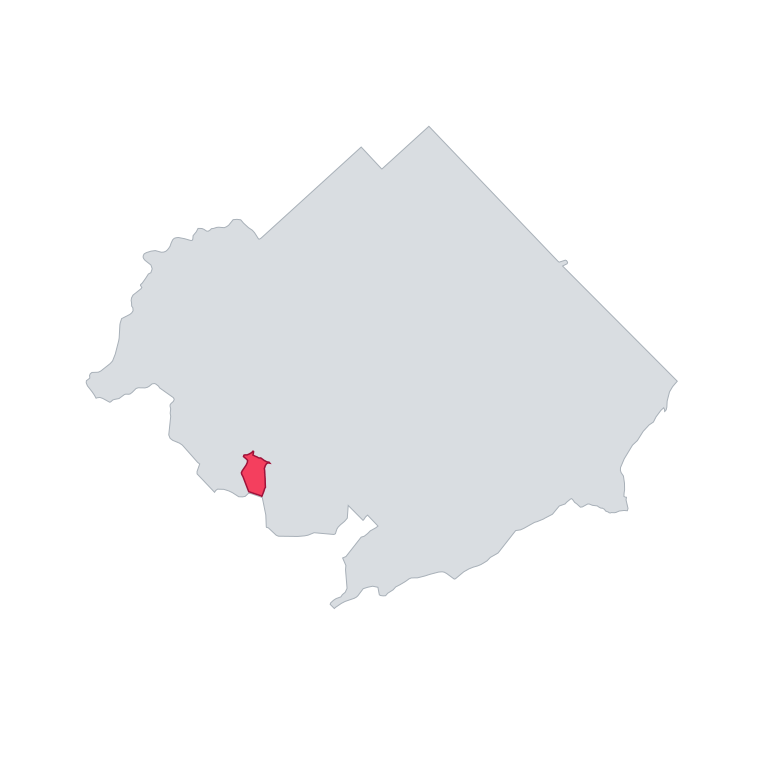 location of Keilak, South Kordufan, Sudan, rotated 46°
{"feature_id": "16777658B16982967361933", "entity_name": "Keilak", "entity_type": "district", "adm_level": 2, "iso_a3": "SDN", "parent_name": "Sudan", "parent_adm1": "South Kordufan", "projection": "orthographic", "projection_center": [29.554, 10.642], "detail": "fine", "context": "in_parent", "style": "filled", "palette": "rose", "viewbox_px": 768, "rotation_deg": 46, "n_neighbors": 0, "source": "geoboundaries", "source_scale": "gbopen_adm2", "svg_char_len": 5500}
<svg xmlns="http://www.w3.org/2000/svg" viewBox="0 0 768 768"><g transform="rotate(46 384 384)"><path d="M511.0,575.7L505.1,575.8L504.4,574.4L504.5,570.5L505.1,567.5L507.2,562.8L506.6,560.3L506.9,556.6L505.3,552.5L490.9,540.7L488.1,537.5L480.4,534.6L481.7,531.2L478.3,506.8L479.8,503.9L480.2,499.6L480.1,495.9L481.8,489.6L482.0,487.0L466.9,486.9L466.8,489.6L467.5,492.6L467.5,493.8L446.5,494.1L455.0,503.6L455.4,507.8L455.0,513.1L455.1,516.4L455.6,518.6L457.9,522.9L457.8,523.7L457.3,524.7L442.4,537.6L440.0,543.6L438.0,546.7L433.7,552.0L420.1,565.7L417.8,566.6L407.4,567.1L406.4,567.5L405.6,568.1L405.1,568.0L396.1,560.0L381.1,550.4L371.2,555.4L368.5,557.2L368.4,561.9L366.9,564.2L364.2,566.8L356.9,568.5L353.1,569.9L348.5,572.4L344.0,576.8L343.7,579.1L344.2,581.1L318.8,580.9L317.1,579.3L313.5,572.1L310.9,572.5L287.8,571.5L284.5,572.2L277.8,575.1L274.5,575.6L271.1,574.2L259.1,559.9L256.5,558.1L253.7,554.7L251.2,553.2L250.3,552.1L250.1,550.6L250.2,547.5L249.3,545.5L247.4,545.0L231.1,548.1L228.8,547.7L225.4,548.2L224.2,548.8L222.8,550.7L222.5,554.6L222.0,556.5L220.8,558.6L216.0,563.4L215.0,565.5L215.1,570.8L214.8,573.5L214.1,574.7L212.0,576.7L211.3,577.9L210.4,584.7L207.8,588.7L207.1,590.2L207.0,593.1L206.5,594.0L199.1,596.3L196.3,597.7L194.6,600.0L194.2,601.0L191.0,600.1L187.0,599.4L179.3,598.6L176.3,597.4L174.9,595.8L175.4,591.7L174.6,590.8L173.4,590.0L172.6,588.2L172.8,586.1L177.0,581.4L177.9,578.9L179.1,566.9L178.9,563.3L175.8,556.5L168.6,544.8L166.9,542.5L157.9,532.8L156.9,531.4L154.7,527.3L157.4,518.5L157.6,516.1L157.0,513.6L154.7,511.7L152.7,511.4L150.0,509.0L148.3,507.9L146.7,505.8L145.7,502.8L146.7,492.5L146.3,491.1L143.9,490.7L143.4,489.9L143.5,487.9L142.4,482.0L141.2,477.1L142.0,474.4L140.1,470.7L136.5,469.0L129.1,470.0L126.9,469.8L125.3,469.1L124.3,467.7L123.8,466.1L124.4,463.7L126.6,459.3L129.2,455.8L134.6,452.6L136.0,450.9L136.9,449.0L137.1,446.7L136.8,444.4L136.3,442.2L134.8,439.3L133.5,435.9L133.5,433.7L134.3,432.1L135.7,430.2L141.0,426.5L146.4,423.4L147.4,422.3L147.1,421.0L144.7,418.3L144.1,413.2L142.9,409.7L145.6,407.0L147.6,406.1L150.8,405.4L152.0,404.3L152.4,402.2L152.4,400.2L153.6,398.7L155.2,395.5L156.4,394.0L160.6,390.3L161.5,387.9L161.9,385.5L161.0,378.4L163.4,375.4L166.4,373.0L170.7,373.3L177.4,372.9L181.9,371.9L185.1,372.0L192.5,373.5L193.3,372.9L193.7,371.0L197.7,235.8L227.5,236.3L227.9,236.1L229.8,172.7L416.5,173.6L418.0,173.4L420.9,167.5L422.1,167.0L424.0,167.4L424.7,168.7L423.2,173.6L585.7,171.1L586.4,178.3L588.0,184.1L593.0,192.2L597.1,196.6L598.6,199.0L598.8,200.2L598.7,201.2L597.4,200.0L595.4,199.3L595.3,203.1L596.6,211.1L598.5,216.6L597.6,221.8L598.1,230.5L600.7,241.0L600.6,247.7L604.7,263.2L608.4,271.9L610.4,274.0L612.5,275.0L616.5,275.7L622.5,280.0L627.3,284.5L629.1,286.9L631.5,289.5L633.0,289.0L633.9,288.3L635.5,290.4L643.0,294.9L644.2,297.0L641.7,299.2L638.8,303.0L637.5,306.4L636.7,307.6L634.4,309.8L634.0,310.8L633.0,311.5L631.9,311.6L629.4,312.8L627.1,312.5L624.9,313.2L624.1,314.1L622.3,314.8L619.8,315.3L616.1,318.3L612.8,319.8L611.8,320.9L610.2,326.7L609.0,328.3L604.1,328.6L601.6,329.1L598.3,328.6L596.7,328.7L596.3,329.9L595.9,334.9L596.1,337.0L593.5,342.7L594.7,353.3L592.3,361.3L591.9,363.1L589.4,369.4L588.1,371.8L585.0,383.6L583.7,387.2L580.9,391.1L584.8,419.3L582.6,428.0L582.8,432.7L581.2,439.7L579.9,443.0L577.8,446.9L576.0,451.3L574.5,457.1L573.7,468.0L573.1,469.0L564.2,470.5L561.4,471.3L559.5,472.6L557.2,475.4L552.8,483.2L550.5,487.9L546.8,494.4L542.5,499.0L541.6,501.2L541.0,505.4L539.5,511.9L538.1,516.6L538.4,520.3L537.1,526.7L537.4,529.9L535.9,531.7L533.8,533.4L532.4,533.8L526.0,529.6L521.6,532.6L518.9,536.9L516.8,541.1L518.2,550.0L518.1,552.0L517.5,554.2L513.4,563.0L512.2,567.0L511.0,574.0L511.0,575.7Z" fill="#d9dde1" stroke="#a8b0b8" stroke-width="1"/><path d="M368.0,534.0L367.8,533.8L367.2,533.4L366.9,533.1L366.3,532.5L365.9,532.2L365.6,532.0L365.5,531.9L365.2,531.5L364.9,531.4L364.7,531.3L364.6,531.2L364.4,530.9L364.2,530.7L363.6,530.2L363.1,529.8L362.6,529.4L362.4,529.3L361.8,528.9L361.7,528.8L361.6,528.7L361.5,528.4L361.4,528.3L361.3,528.0L361.1,527.6L361.0,527.4L360.9,527.3L360.9,527.2L360.7,527.0L360.7,526.9L360.6,526.6L360.4,526.3L360.3,526.1L360.2,525.9L360.2,525.7L360.0,525.0L359.9,524.7L359.8,523.9L359.8,523.6L359.9,523.4L360.0,522.5L360.1,522.3L360.6,521.9L360.8,521.8L361.7,521.1L360.4,521.0L360.0,521.3L359.3,522.0L358.6,522.2L357.7,522.7L357.0,522.8L356.2,523.2L353.2,523.7L351.6,524.0L350.7,525.0L349.8,525.6L348.2,526.0L346.5,526.8L344.0,527.6L343.3,526.4L342.5,525.3L341.9,524.7L341.3,524.9L341.4,526.8L340.7,529.6L339.9,531.7L338.8,532.8L338.1,533.7L337.9,534.3L338.6,535.5L342.6,535.1L344.2,535.2L345.5,536.8L346.6,539.6L348.0,546.4L348.8,548.3L350.2,549.1L352.7,549.8L359.7,552.8L367.5,556.1L370.2,554.7L374.1,552.7L376.3,551.5L379.1,550.1L379.8,550.0L380.4,550.0L380.2,549.9L379.8,549.4L379.7,549.1L379.5,548.9L379.4,548.6L379.3,548.4L379.2,548.2L379.0,547.8L378.8,547.4L378.7,547.1L378.6,546.9L378.4,546.3L378.1,545.9L378.0,545.6L377.9,545.6L377.8,545.3L377.7,545.1L377.7,544.9L377.5,544.6L377.4,544.3L377.3,544.2L377.2,544.2L377.0,543.8L377.0,543.7L376.9,543.6L376.7,543.1L376.6,542.9L376.4,542.7L376.3,542.4L376.2,542.3L376.2,542.2L376.0,541.1L375.3,540.5L375.2,540.4L374.9,540.1L374.7,540.0L374.6,539.9L372.6,538.1L371.9,537.5L371.8,537.4L371.5,537.1L371.4,537.0L371.1,536.7L370.9,536.5L370.6,536.3L370.3,536.1L370.2,535.9L369.1,534.9L368.9,534.8L368.8,534.7L368.7,534.6L368.2,534.2L368.0,534.0Z" fill="#f43f5e" stroke="#9f1239" stroke-width="1.5"/></g></svg>